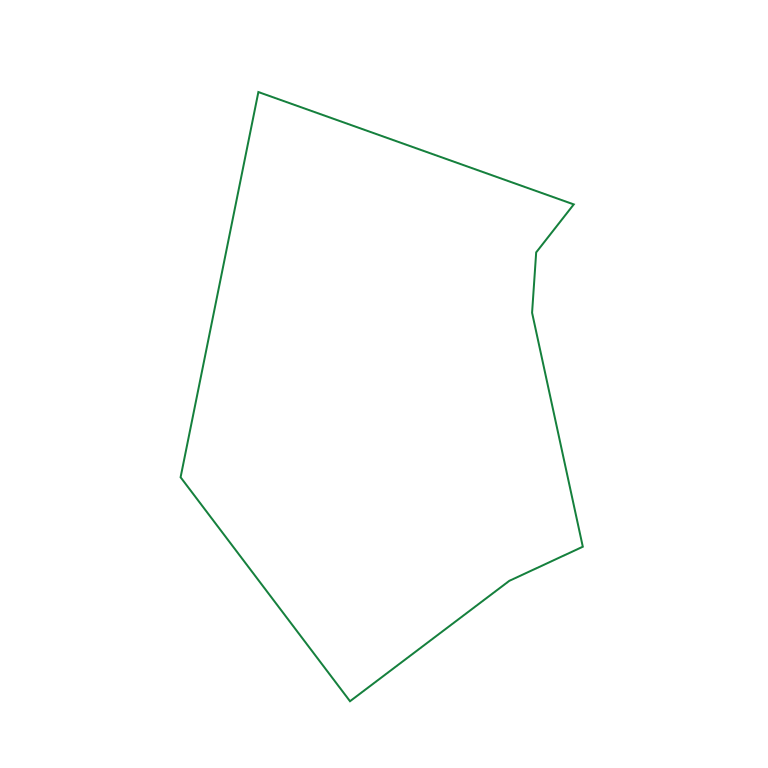 Mandaue, orthographic projection, rotated 351°
{"feature_id": "PHL-5523", "entity_name": "Mandaue", "entity_type": "Highly Urbanized City", "adm_level": 1, "iso_a3": "PHL", "parent_name": "Philippines", "parent_adm1": "", "projection": "orthographic", "projection_center": [123.958, 10.355], "detail": "fine", "context": "isolated", "style": "outline", "palette": "green", "viewbox_px": 768, "rotation_deg": 351, "n_neighbors": 0, "source": "natural_earth", "source_scale": "10m", "svg_char_len": 273}
<svg xmlns="http://www.w3.org/2000/svg" viewBox="0 0 768 768"><g transform="rotate(351 384 384)"><path d="M599.5,236.3L554.9,277.8L541.4,336.8L554.9,575.8L477.0,598.0L300.8,692.0L168.5,444.3L305.6,76.0L599.5,236.3Z" fill="none" stroke="#15803d" stroke-width="2"/></g></svg>